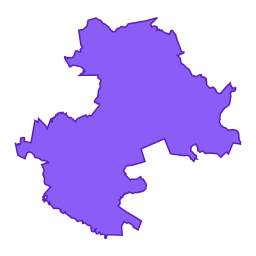 Satevó, Chihuahua, Mexico (orthographic projection)
{"feature_id": "50627088B42337074746811", "entity_name": "Satevó", "entity_type": "district", "adm_level": 2, "iso_a3": "MEX", "parent_name": "Mexico", "parent_adm1": "Chihuahua", "projection": "orthographic", "projection_center": [-106.204, 27.759], "detail": "fine", "context": "isolated", "style": "filled", "palette": "violet", "viewbox_px": 256, "rotation_deg": 0, "n_neighbors": 0, "source": "geoboundaries", "source_scale": "gbopen_adm2", "svg_char_len": 5703}
<svg xmlns="http://www.w3.org/2000/svg" viewBox="0 0 256 256"><path d="M157.3,17.7L145.6,20.9L128.3,23.9L127.8,24.2L126.4,26.6L125.6,27.1L124.8,27.4L124.1,26.8L123.0,27.2L122.5,26.6L121.1,26.6L119.1,28.3L118.3,28.6L117.5,28.3L116.0,30.0L115.7,30.9L114.0,31.8L113.2,31.8L110.8,30.2L108.8,27.2L104.9,24.1L103.3,23.5L101.8,22.2L101.9,21.7L101.3,21.4L100.5,20.2L99.7,20.0L99.5,20.3L96.0,18.0L88.1,20.4L86.9,26.1L83.1,29.5L78.7,30.2L80.8,44.1L80.6,44.8L81.6,45.6L81.5,46.2L82.5,46.9L82.2,47.9L80.8,48.8L80.1,49.7L80.8,51.0L80.6,51.9L79.1,52.0L77.6,50.9L75.4,51.1L74.8,54.2L72.7,57.4L71.2,57.8L69.0,57.6L67.5,58.4L67.3,58.0L67.5,57.6L65.6,57.4L65.2,56.6L64.7,56.8L64.5,57.5L67.3,62.6L68.7,64.4L68.7,65.4L70.0,67.0L73.2,65.0L80.2,66.5L81.1,66.8L84.7,70.3L84.5,71.5L84.0,71.4L83.8,70.8L83.2,71.0L83.4,71.4L82.9,72.4L83.4,72.7L83.2,73.1L82.0,73.7L81.4,73.6L79.3,75.4L97.2,75.1L97.6,75.9L98.0,75.9L98.0,77.9L100.7,79.9L100.8,81.4L99.7,83.5L99.9,84.9L100.5,85.8L99.7,88.5L99.2,88.9L98.4,91.1L98.1,94.4L98.4,95.7L97.9,95.7L97.4,97.6L96.9,97.6L96.7,98.2L95.4,99.4L94.4,101.4L94.8,102.5L96.6,102.5L97.1,103.8L99.1,103.7L99.5,105.2L91.2,115.9L89.8,115.3L88.3,115.9L87.2,117.0L85.9,115.0L77.9,118.4L75.7,120.5L75.9,121.5L74.1,120.9L73.3,120.1L73.4,119.4L72.6,119.2L71.1,117.6L68.5,117.4L66.7,115.5L66.1,114.4L66.1,113.6L65.4,114.4L63.7,113.4L62.8,112.3L61.7,112.8L61.6,113.5L60.5,112.6L60.3,113.0L58.8,112.9L57.8,113.5L57.7,114.4L57.2,114.1L56.6,115.2L55.9,115.0L55.5,116.4L54.3,117.0L53.9,118.0L53.2,117.6L52.6,118.6L52.1,118.7L52.4,120.0L52.1,120.4L52.4,121.4L52.0,121.9L51.1,122.1L50.6,121.2L51.3,118.1L47.1,128.7L45.5,125.5L38.6,118.6L38.0,122.1L35.0,120.4L31.0,142.7L24.2,141.5L24.3,139.7L24.7,138.8L24.4,137.8L24.0,137.5L20.8,138.0L20.9,139.5L20.3,141.3L21.0,142.5L19.9,143.9L19.0,143.8L19.8,144.6L17.7,145.0L15.4,143.6L17.9,155.3L25.0,158.7L27.0,152.9L29.6,151.9L31.2,152.4L34.0,154.8L34.6,157.0L35.2,157.5L38.7,158.1L41.9,160.4L43.2,160.8L43.8,160.3L46.8,161.2L46.8,161.7L49.1,162.8L46.1,162.8L43.4,164.3L42.0,164.4L41.6,164.8L42.6,166.1L44.1,170.4L43.7,172.2L43.1,172.8L43.3,174.0L42.9,175.0L43.6,175.9L44.7,179.4L44.2,180.8L44.6,182.4L44.4,183.2L45.1,184.1L50.7,186.7L44.4,193.9L43.9,196.0L42.8,196.9L43.4,198.0L43.8,198.0L45.6,195.2L46.6,195.5L47.3,196.3L46.9,197.9L46.2,198.8L45.2,199.1L43.9,198.7L43.0,199.0L42.7,199.8L43.8,200.5L44.1,201.7L44.7,201.8L44.8,200.8L46.2,200.3L48.4,202.2L49.3,201.8L49.6,202.5L48.7,203.0L48.4,203.9L49.3,204.6L50.0,204.2L50.5,204.3L51.0,205.2L52.0,205.8L52.1,206.4L53.9,208.6L55.3,208.3L59.6,208.8L60.7,209.5L60.2,210.2L60.4,211.3L60.9,211.9L61.7,212.0L62.3,213.0L63.1,213.3L64.1,213.1L64.6,211.8L65.3,211.7L65.7,213.6L67.1,214.1L68.6,215.8L70.4,215.9L70.3,217.0L71.2,217.8L74.2,218.4L75.2,218.9L77.4,221.5L78.7,221.0L82.4,220.7L82.8,221.3L82.3,221.9L82.7,223.4L83.5,223.3L84.3,222.7L86.1,223.7L87.6,225.1L90.5,225.8L90.9,226.7L91.2,229.9L91.9,231.3L93.6,231.9L94.0,231.7L94.9,231.0L94.8,229.4L95.6,229.2L95.1,229.9L95.4,231.7L96.5,233.8L98.0,233.7L99.4,232.2L100.0,232.5L100.2,233.6L101.0,234.6L103.9,234.2L105.4,235.4L104.7,237.4L105.4,238.3L106.5,237.9L106.2,236.5L107.3,235.3L107.4,234.7L122.2,235.1L121.5,226.2L124.1,221.5L127.0,223.2L128.7,222.6L129.6,223.0L130.0,223.6L131.7,224.3L133.5,226.3L133.6,226.6L133.2,227.0L138.0,229.9L141.5,221.0L123.7,210.2L118.4,206.2L118.7,205.1L119.4,204.7L120.1,203.5L119.8,200.5L119.5,200.2L119.9,200.2L120.4,199.5L120.2,199.1L120.9,198.5L120.6,197.7L120.9,197.8L121.0,197.2L121.4,197.6L122.4,197.3L122.9,196.4L122.8,195.9L123.8,195.1L123.7,194.5L124.4,194.4L125.0,193.3L125.6,193.9L126.5,193.3L127.7,193.3L128.9,192.1L132.7,193.4L135.2,192.5L137.6,192.6L139.4,191.8L140.0,192.2L140.9,191.6L142.8,191.4L145.6,189.1L146.3,185.4L145.9,183.6L143.2,179.2L141.4,178.9L141.5,178.3L140.6,176.6L136.5,179.3L131.7,179.1L130.5,180.1L125.0,174.7L126.1,174.0L123.4,171.1L126.2,166.0L132.6,165.1L145.0,161.5L141.1,149.0L141.2,148.8L164.5,138.7L170.5,153.7L184.8,155.8L186.2,155.1L188.5,155.7L190.6,158.0L191.1,159.3L191.8,159.2L192.4,160.2L193.9,161.4L194.9,158.7L196.9,159.0L195.8,157.7L196.6,156.2L195.9,155.3L194.2,154.3L191.9,151.6L190.8,151.5L191.1,146.7L195.7,143.8L195.9,144.7L197.1,145.9L197.2,147.1L198.0,148.2L197.6,148.9L198.0,149.7L197.7,150.5L200.0,152.3L202.1,150.9L203.9,152.1L205.2,153.5L206.6,153.1L208.2,153.4L209.2,153.0L217.3,153.7L220.8,157.3L223.9,154.2L226.8,152.0L228.4,154.0L233.0,142.9L240.6,144.1L240.3,141.8L239.1,139.6L238.7,133.6L237.7,131.2L235.0,129.9L232.3,129.6L228.2,130.3L225.9,128.1L223.9,127.4L221.3,125.7L219.7,122.9L219.4,121.2L220.1,119.6L219.8,118.8L220.1,114.1L224.8,107.8L225.8,107.5L227.7,105.7L228.9,105.1L230.2,101.6L229.9,101.0L230.7,97.4L230.8,95.7L230.3,93.0L231.0,92.5L231.5,91.3L234.0,91.3L235.0,90.5L235.6,89.7L235.5,87.6L233.1,88.3L232.2,88.1L232.2,87.5L230.8,85.4L230.2,83.0L229.3,84.3L227.4,85.3L220.5,93.6L218.6,93.3L216.5,92.3L215.6,89.4L213.6,87.4L212.6,87.2L212.1,87.8L209.0,87.9L208.8,87.1L206.5,84.8L206.6,83.0L206.3,82.0L206.6,81.7L205.8,80.6L206.2,80.3L205.8,79.7L206.4,79.2L206.1,78.6L203.9,76.9L203.3,77.4L202.8,77.0L201.4,77.1L201.2,76.3L201.6,75.2L201.1,74.7L199.7,74.9L196.3,76.6L192.0,75.4L189.2,69.6L185.9,67.1L183.3,64.4L181.2,63.5L180.2,58.2L177.3,55.4L179.7,54.9L179.8,53.8L181.5,54.0L183.5,53.1L184.0,52.2L181.5,51.6L177.2,40.2L175.5,34.4L174.5,33.7L172.5,30.4L171.0,30.7L171.1,31.3L170.7,32.0L170.3,32.0L170.3,32.8L168.7,34.4L167.6,33.4L166.7,33.6L163.2,31.8L162.0,30.1L160.9,30.1L160.5,30.2L160.4,30.6L159.9,30.6L159.4,30.3L159.1,29.4L158.3,29.8L157.9,29.2L157.5,30.0L156.8,30.3L157.3,29.2L156.7,28.1L157.0,27.0L156.7,26.4L156.0,26.6L153.9,26.0L152.8,26.7L152.0,26.4L151.5,26.6L151.3,25.3L150.4,24.3L157.3,17.7Z" fill="#8b5cf6" stroke="#5b21b6" stroke-width="1.5"/></svg>